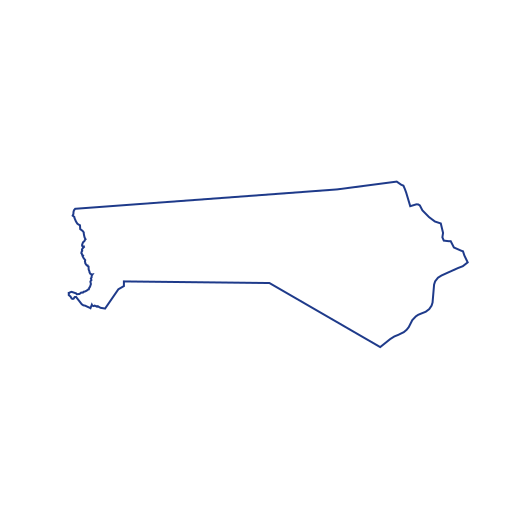 Ngerkeai, Aimeliik, Palau, rotated 37°
{"feature_id": "81905179B59799521808446", "entity_name": "Ngerkeai", "entity_type": "district", "adm_level": 2, "iso_a3": "PLW", "parent_name": "Palau", "parent_adm1": "Aimeliik", "projection": "orthographic", "projection_center": [134.503, 7.436], "detail": "fine", "context": "isolated", "style": "outline", "palette": "blue", "viewbox_px": 512, "rotation_deg": 37, "n_neighbors": 0, "source": "geoboundaries", "source_scale": "gbopen_adm2", "svg_char_len": 2084}
<svg xmlns="http://www.w3.org/2000/svg" viewBox="0 0 512 512"><g transform="rotate(37 256 256)"><path d="M280.9,153.8L279.8,154.8L83.2,327.1L83.1,329.0L83.7,330.6L84.9,332.4L85.3,334.1L87.3,334.1L88.5,335.1L91.3,336.7L93.8,337.7L95.1,337.7L96.9,337.4L97.9,338.5L99.4,340.3L102.0,340.3L103.3,340.5L104.3,340.9L104.9,341.7L106.2,342.9L108.0,344.4L109.8,345.2L109.7,346.3L110.0,347.4L109.6,349.2L110.3,351.5L110.9,352.4L111.6,352.7L112.4,352.5L112.7,352.0L113.2,352.3L113.0,353.4L113.0,355.4L113.5,356.1L114.1,356.4L114.3,358.0L114.9,358.9L115.4,358.9L116.2,359.6L116.8,359.8L117.5,359.7L117.5,360.4L119.5,361.4L122.1,362.1L122.8,363.5L123.5,363.9L124.1,364.6L125.5,365.1L126.5,365.3L127.1,364.9L127.6,365.3L128.6,365.2L130.5,367.5L132.3,368.6L132.7,369.1L133.4,369.5L134.3,369.9L135.2,369.7L135.9,369.9L136.5,369.2L136.6,370.5L137.0,371.2L137.5,371.8L137.7,373.4L138.2,373.6L139.1,374.4L139.0,375.4L139.2,376.2L141.0,377.7L142.0,380.6L141.9,381.6L142.4,382.7L142.5,383.4L142.0,383.9L141.6,385.7L141.2,386.4L140.6,387.6L139.8,388.3L139.8,389.4L138.4,390.4L137.9,392.5L135.9,394.4L134.8,394.1L130.3,395.6L129.4,396.8L129.1,397.9L128.7,398.2L130.0,399.9L132.2,400.0L134.4,400.9L135.4,400.6L136.0,399.9L135.9,397.9L137.0,397.0L145.9,399.4L147.8,399.3L149.4,398.5L152.3,397.9L154.3,397.4L155.2,397.3L154.2,393.7L155.2,394.2L156.6,393.6L157.0,392.7L159.5,392.2L159.4,391.6L160.2,391.2L161.4,391.2L163.1,390.9L167.1,388.8L166.1,365.4L168.6,359.5L165.8,355.8L283.0,269.5L410.0,254.0L413.2,241.5L414.9,237.0L417.0,233.5L419.9,227.8L420.7,224.3L420.8,220.9L419.4,213.1L420.0,208.0L420.9,205.4L422.6,202.5L425.1,198.4L426.3,194.2L426.1,190.0L425.0,186.9L415.4,171.6L414.3,168.4L414.4,163.8L415.9,159.9L419.0,154.2L424.6,144.0L427.3,139.7L428.9,133.7L422.1,130.2L418.5,127.7L416.6,128.3L408.9,130.1L406.3,128.8L402.6,127.0L401.0,128.2L396.7,130.7L393.6,128.9L391.5,125.0L384.0,118.8L378.1,120.8L370.8,120.8L361.4,119.4L356.4,117.0L354.5,117.2L353.0,118.2L349.2,123.4L337.8,115.0L334.7,113.0L331.4,111.1L329.1,111.7L323.6,111.9L280.9,153.8Z" fill="none" stroke="#1e3a8a" stroke-width="2"/></g></svg>